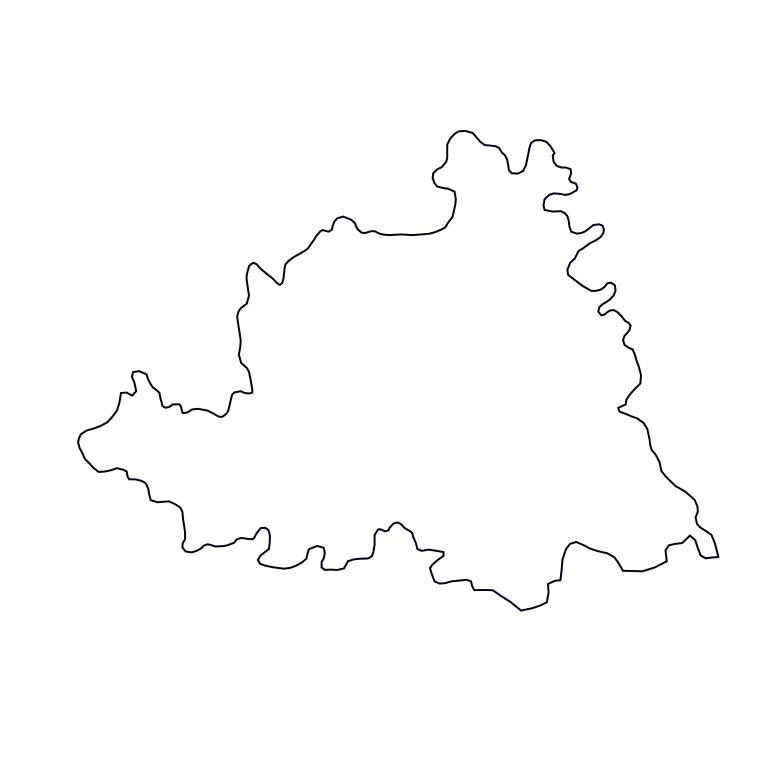 the district of Chervyen, Minsk, Belarus, rotated 353°
{"feature_id": "67162791B52884935059856", "entity_name": "Chervyen", "entity_type": "district", "adm_level": 2, "iso_a3": "BLR", "parent_name": "Belarus", "parent_adm1": "Minsk", "projection": "mercator", "projection_center": [28.408, 53.766], "detail": "fine", "context": "isolated", "style": "outline", "palette": "ink", "viewbox_px": 768, "rotation_deg": 353, "n_neighbors": 0, "source": "geoboundaries", "source_scale": "gbopen_adm2", "svg_char_len": 5624}
<svg xmlns="http://www.w3.org/2000/svg" viewBox="0 0 768 768"><g transform="rotate(353 384 384)"><path d="M694.8,596.4L694.1,590.8L692.9,581.8L690.6,573.7L687.1,570.5L680.2,564.7L677.6,561.0L677.0,554.3L679.9,549.1L680.2,543.6L678.2,536.9L670.1,527.7L660.8,520.7L652.7,510.6L648.6,503.9L648.0,495.2L645.1,487.4L641.7,482.2L640.8,477.0L640.8,471.5L639.9,460.8L637.0,454.4L631.0,448.9L625.7,446.3L620.8,443.4L614.4,440.2L613.6,436.2L618.2,434.7L621.4,433.8L622.6,429.2L626.6,424.6L630.4,421.1L638.5,414.7L640.2,406.6L639.1,398.2L637.6,392.1L636.5,385.5L635.0,380.0L631.5,378.0L627.5,374.5L626.6,369.6L628.6,365.5L633.9,360.9L635.9,356.2L634.1,353.0L631.0,350.7L628.1,345.8L624.3,340.9L620.8,338.6L617.3,338.6L614.2,340.0L611.3,342.0L608.1,342.3L605.5,338.3L606.9,334.2L610.4,331.6L614.2,329.9L618.2,327.9L622.8,324.1L625.2,319.5L625.2,314.2L621.7,311.1L617.9,311.3L614.4,314.8L610.4,316.8L604.9,317.4L601.1,316.8L593.6,311.3L586.4,304.4L580.0,298.0L580.0,292.8L583.5,286.4L588.7,282.7L593.3,275.7L597.9,273.7L605.5,269.4L611.6,267.3L617.1,264.4L620.2,260.7L621.1,257.5L620.2,253.4L616.8,251.7L611.3,251.7L606.0,254.9L602.0,257.2L598.2,258.1L593.9,258.3L588.4,255.7L587.2,250.2L587.2,244.2L586.4,239.5L584.0,236.3L580.6,234.0L572.2,233.4L564.6,230.8L564.1,226.2L565.8,220.4L571.0,216.4L575.9,215.5L582.6,216.9L586.9,218.4L591.6,218.1L598.8,215.2L600.0,212.3L598.8,208.5L594.2,206.2L592.7,203.0L595.6,197.2L595.3,193.5L590.7,191.2L586.9,190.9L582.0,188.6L579.4,183.9L579.4,177.5L581.4,175.8L580.5,173.3L578.1,168.1L574.8,163.5L569.6,161.1L563.5,160.5L559.2,162.8L557.2,167.2L555.3,173.1L553.4,178.7L551.4,184.4L547.9,189.6L542.5,191.5L536.6,190.4L534.2,187.4L533.8,180.7L533.6,176.3L531.9,171.7L529.3,168.7L526.9,163.7L523.6,161.5L517.3,160.0L513.2,159.2L509.1,155.4L506.0,150.7L502.7,145.7L495.2,142.6L488.6,142.4L484.5,144.4L479.5,148.7L476.9,152.6L476.0,153.9L474.9,162.2L474.3,167.4L472.8,171.1L467.6,175.9L463.0,177.4L458.5,180.9L457.4,185.6L458.5,190.8L461.0,194.6L467.3,196.9L471.5,198.0L477.5,201.7L477.8,209.5L476.7,214.5L474.5,220.6L472.4,226.5L467.4,231.5L463.9,236.0L459.5,237.8L453.2,239.5L447.1,240.4L439.5,240.1L430.7,239.7L418.9,237.6L408.1,236.9L403.1,236.0L398.3,234.5L393.3,231.2L390.2,230.8L386.6,231.3L383.7,231.9L380.1,231.0L377.0,227.5L375.7,224.9L374.8,220.8L371.4,216.9L363.8,212.8L357.7,213.9L354.4,216.9L352.7,219.9L351.0,224.5L347.9,226.0L344.6,225.0L341.8,223.7L339.6,224.5L336.6,227.3L334.7,228.9L332.1,232.3L327.7,237.1L325.1,240.2L320.8,242.5L314.3,245.2L310.3,246.9L304.7,249.9L300.8,253.2L299.3,257.5L298.2,262.5L297.1,266.9L295.4,271.2L292.7,273.0L289.5,270.1L288.0,267.9L285.4,264.7L281.2,260.6L278.0,257.1L275.1,254.0L272.3,249.7L269.1,247.8L266.7,248.8L264.5,250.4L261.3,258.2L260.4,262.5L260.6,274.0L260.8,279.9L257.6,287.5L254.7,289.2L251.0,291.4L248.5,294.2L246.5,299.0L246.5,304.4L246.9,315.9L247.1,323.6L245.6,330.7L243.5,337.0L244.8,345.7L249.8,351.3L251.5,355.7L252.1,363.5L252.6,372.8L252.3,376.5L248.9,377.0L244.5,375.9L240.8,373.7L234.6,374.1L232.1,375.9L230.4,380.0L228.0,386.8L225.8,392.2L223.0,395.0L219.3,396.9L216.1,396.3L211.1,392.6L208.9,391.1L205.7,388.9L197.0,386.1L193.9,385.9L190.5,385.9L188.5,386.8L185.3,388.3L181.6,388.5L180.5,387.8L180.0,384.3L179.4,380.5L178.3,379.2L171.8,378.5L167.9,380.7L164.0,380.9L161.4,378.7L161.1,375.4L160.3,370.5L160.0,365.3L156.6,361.5L154.0,359.0L152.2,355.3L150.3,350.2L149.4,345.3L142.3,341.4L136.4,341.6L134.7,346.1L136.4,352.2L137.2,360.9L132.7,364.8L129.7,362.8L127.5,361.1L122.2,360.9L121.8,360.9L119.0,370.7L115.5,378.1L110.1,383.7L104.7,388.3L97.5,391.1L90.6,392.8L83.2,393.9L76.9,397.0L74.5,400.8L73.2,405.2L73.6,407.2L74.1,410.6L76.2,415.8L78.0,421.9L82.7,428.0L85.3,431.7L90.1,436.5L96.0,436.9L102.7,436.3L108.6,435.0L114.7,437.3L117.9,439.5L118.2,444.7L119.5,447.6L124.9,448.2L130.5,450.1L133.8,452.1L135.7,454.1L137.3,459.7L137.5,465.1L138.3,470.8L144.8,473.8L151.1,474.0L156.2,474.3L160.9,477.1L163.7,479.2L166.8,481.9L168.3,486.4L168.1,493.6L168.5,506.4L167.7,513.8L164.8,517.5L164.0,521.6L166.6,526.0L172.6,527.7L177.6,526.8L182.9,524.7L185.3,522.5L189.4,521.6L192.6,522.7L196.8,524.7L204.6,525.3L208.5,525.1L215.9,523.3L218.9,520.3L223.2,519.4L226.5,520.1L230.6,521.4L234.5,522.0L236.5,520.9L238.5,517.7L243.9,512.0L248.7,512.3L251.5,514.9L252.3,520.5L251.3,527.2L249.8,533.6L242.8,537.9L240.6,539.0L237.4,543.3L239.3,547.5L244.7,550.1L251.7,552.4L256.9,553.8L262.3,555.1L267.8,555.1L271.0,554.6L275.4,553.3L280.8,551.1L285.8,547.9L287.3,543.3L289.3,538.8L298.0,536.6L304.2,539.2L304.7,544.0L303.2,549.2L300.3,553.5L299.7,558.5L302.7,561.3L309.0,561.8L314.7,562.9L321.8,562.2L324.0,559.2L326.6,555.5L332.7,554.4L335.8,554.4L340.1,554.6L345.5,555.1L347.7,555.0L351.2,553.3L353.3,548.7L355.1,542.2L356.2,532.9L360.3,527.7L362.5,527.7L367.0,530.3L370.7,529.8L371.6,527.9L376.1,523.8L380.7,523.1L383.7,525.1L387.0,529.6L391.5,532.9L394.0,535.5L394.2,539.0L396.3,545.9L397.0,551.8L401.1,554.2L407.9,553.8L414.8,555.7L422.6,558.1L422.2,561.8L415.9,565.2L409.8,569.4L407.2,572.4L408.3,578.7L410.2,586.1L415.0,588.9L420.7,589.1L426.7,588.1L436.7,588.3L441.9,588.3L446.3,590.5L446.9,595.6L448.5,599.6L454.3,600.2L461.7,601.1L466.9,602.0L474.1,608.5L482.8,615.6L492.5,625.6L503.9,624.6L512.0,622.9L519.0,620.5L521.9,611.2L522.4,602.5L529.4,600.2L535.2,600.2L537.5,590.9L539.8,579.9L544.5,570.1L549.1,565.4L555.5,564.2L562.5,568.3L568.3,572.4L575.8,575.9L585.1,579.3L591.5,584.0L595.0,590.4L598.4,598.5L617.6,601.4L630.4,599.1L643.1,594.4L643.1,583.4L647.2,578.8L653.0,578.2L660.5,578.2L669.2,571.8L673.9,577.0L675.6,585.7L677.4,592.7L682.0,596.2L687.8,596.2L694.8,596.4Z" fill="none" stroke="#020617" stroke-width="2"/></g></svg>